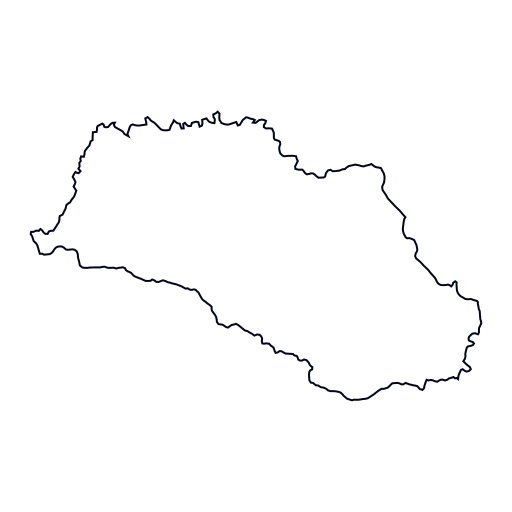 Mukurweni, Central, Kenya
{"feature_id": "3690345B52369638144759", "entity_name": "Mukurweni", "entity_type": "district", "adm_level": 2, "iso_a3": "KEN", "parent_name": "Kenya", "parent_adm1": "Central", "projection": "albers", "projection_center": [37.081, -0.579], "detail": "fine", "context": "isolated", "style": "outline", "palette": "ink", "viewbox_px": 512, "rotation_deg": 0, "n_neighbors": 0, "source": "geoboundaries", "source_scale": "gbopen_adm2", "svg_char_len": 6028}
<svg xmlns="http://www.w3.org/2000/svg" viewBox="0 0 512 512"><path d="M458.1,379.1L458.3,376.5L459.1,373.9L461.0,369.9L462.6,369.2L464.6,370.7L466.6,371.6L469.1,370.9L470.8,369.2L469.9,367.0L467.5,365.3L463.3,361.3L465.0,358.6L465.5,356.1L465.3,354.4L465.6,352.2L466.8,347.6L468.0,346.4L470.5,345.9L472.9,345.1L474.0,343.5L472.7,342.0L470.8,341.4L469.0,340.5L468.5,338.6L469.1,336.8L470.4,335.4L472.3,333.7L474.9,333.2L478.0,334.3L479.0,332.4L478.9,330.3L479.0,328.2L481.3,323.2L481.0,321.1L480.3,319.2L479.7,311.0L478.8,309.1L478.4,306.3L477.8,303.8L477.9,302.0L476.7,300.8L474.9,300.4L470.8,299.0L468.1,299.3L465.5,299.0L460.5,296.1L458.8,294.4L457.6,292.5L456.9,290.2L456.5,284.7L456.6,282.4L455.2,281.3L453.3,282.7L452.5,285.0L451.2,286.4L449.7,285.2L448.1,284.6L445.8,285.0L443.1,285.2L440.5,284.9L438.6,283.8L437.4,282.5L436.5,281.0L435.9,279.4L434.7,277.6L430.1,272.4L428.3,270.0L423.8,265.7L420.4,262.0L416.1,258.4L415.1,256.1L415.7,253.5L417.0,251.2L417.3,249.4L416.7,246.0L416.1,244.3L414.2,240.1L412.0,239.0L409.4,238.1L407.1,238.3L405.6,237.2L403.6,233.3L403.0,230.8L402.8,228.8L403.7,221.7L404.2,219.1L405.4,217.2L402.3,213.7L399.6,210.5L395.9,207.0L387.8,198.4L386.1,195.2L382.8,190.4L382.3,188.7L382.2,186.5L384.0,182.6L384.5,179.2L384.5,176.2L383.7,173.2L380.8,168.0L375.9,167.1L374.1,166.2L371.4,164.0L369.2,164.9L366.1,165.6L363.7,166.4L361.4,166.1L359.3,165.4L355.2,164.6L348.7,166.1L346.5,167.6L344.9,169.1L342.5,169.3L339.5,170.6L335.1,171.1L332.7,171.2L330.5,169.8L328.1,170.4L326.4,172.4L325.6,174.4L325.1,176.6L323.6,177.5L318.4,177.7L316.1,175.9L314.7,174.5L313.0,173.4L311.2,173.3L309.3,173.9L306.8,174.3L305.1,173.1L303.6,171.0L302.3,169.6L298.6,169.7L295.4,168.9L295.1,166.5L297.8,161.0L296.8,159.1L296.0,156.2L292.9,155.8L287.8,155.9L284.1,156.3L282.4,155.5L280.3,153.4L279.4,150.3L279.2,148.2L279.5,146.3L280.3,144.1L280.0,142.0L278.7,140.9L276.8,140.2L275.0,139.8L273.9,138.2L273.8,132.8L273.1,130.9L272.0,128.6L268.8,128.3L266.1,128.5L263.9,127.1L263.9,125.0L265.2,123.4L266.0,120.9L264.0,120.0L261.8,119.6L259.2,120.1L255.5,122.9L252.9,122.6L254.8,120.0L252.9,119.1L250.5,118.7L247.8,117.6L246.1,117.3L242.7,120.1L239.9,124.8L237.8,125.5L236.2,122.0L229.1,124.4L227.2,124.6L224.6,124.2L221.4,123.0L220.4,121.2L219.4,119.8L219.3,117.5L219.5,113.7L217.7,111.7L215.5,113.5L213.3,114.4L213.4,116.9L214.8,119.1L214.7,121.2L214.4,123.1L212.7,123.0L210.7,122.4L208.8,121.5L206.4,118.4L202.1,119.8L202.5,123.3L201.8,125.7L199.6,126.7L198.3,122.1L196.0,121.7L191.9,122.9L191.0,125.9L188.2,126.1L186.1,124.3L184.9,122.8L183.2,123.9L183.7,128.4L181.6,128.6L180.6,126.5L179.8,123.7L177.4,123.2L175.8,122.1L173.8,120.3L172.9,122.6L171.1,125.4L169.5,129.8L167.8,130.2L165.4,130.4L162.8,130.1L160.8,129.3L155.4,123.7L154.0,122.5L150.9,120.6L149.1,118.4L147.5,117.1L145.3,118.4L146.3,122.7L146.4,124.5L139.6,125.5L137.0,125.5L135.0,125.2L132.7,124.4L130.7,125.4L129.7,127.2L127.4,134.2L128.4,136.2L124.5,134.1L122.8,131.6L121.2,130.5L117.9,128.7L115.1,127.1L113.8,124.8L114.9,122.7L112.6,122.8L110.9,123.8L108.1,127.0L105.8,127.3L104.2,126.7L103.7,124.7L102.4,123.6L97.7,126.0L97.0,127.5L97.0,129.4L96.6,131.9L92.9,132.2L92.6,137.7L92.6,140.1L90.6,141.4L89.4,145.5L87.4,147.7L84.8,151.1L84.4,154.6L83.8,156.8L81.1,156.4L80.3,158.8L80.8,161.0L79.3,162.9L79.6,166.5L78.4,168.7L80.5,171.1L78.6,173.2L76.9,172.8L75.4,172.0L73.9,174.3L72.7,176.9L74.1,179.2L75.5,182.0L74.9,184.1L73.6,186.5L76.3,190.7L74.5,195.7L73.1,198.0L71.8,199.4L70.0,202.5L67.9,203.7L66.4,205.0L65.6,208.5L62.5,214.7L59.8,216.0L59.4,217.8L59.4,219.8L58.9,222.1L54.7,228.7L53.3,230.7L51.0,230.8L48.8,231.5L47.6,233.9L45.4,233.9L43.6,232.5L42.1,230.3L40.4,229.0L38.8,230.9L36.2,230.6L33.7,231.8L31.1,231.9L30.7,234.1L32.1,236.2L33.7,241.1L36.1,243.3L37.4,245.5L39.8,253.8L42.2,253.7L44.1,254.7L49.8,254.1L51.6,253.0L53.0,251.5L54.4,249.3L55.9,247.6L57.7,246.7L59.9,246.4L61.7,246.5L63.9,247.6L65.9,249.5L68.1,249.8L72.6,249.3L74.7,249.8L76.7,251.3L77.8,254.1L77.9,256.3L78.3,258.8L78.9,260.7L79.9,265.4L82.3,267.5L85.1,267.9L87.1,267.9L89.2,267.6L94.0,267.4L100.2,267.4L102.3,266.9L104.7,266.7L107.0,267.6L108.8,267.9L113.6,267.7L116.2,268.5L118.4,267.9L122.9,267.3L125.0,268.2L126.0,270.2L127.8,271.4L129.6,272.1L131.2,273.0L133.6,275.6L135.2,276.6L141.4,279.0L145.3,280.8L147.8,281.0L150.6,280.8L152.1,279.5L154.0,280.2L156.2,281.8L158.5,282.0L162.9,280.3L165.3,281.0L168.0,282.3L169.9,282.6L171.8,283.3L176.8,284.5L182.0,286.6L185.7,288.7L187.7,288.3L189.5,289.5L191.6,289.9L193.9,289.4L195.7,289.8L196.8,291.1L198.4,292.4L201.3,297.8L202.7,299.8L205.5,301.8L207.5,303.5L209.3,304.7L211.6,306.7L211.6,309.4L212.3,311.3L215.1,315.0L216.2,317.2L216.7,319.6L216.9,321.9L218.5,324.1L222.6,324.7L226.0,327.0L227.9,327.6L231.6,325.0L233.7,324.6L235.9,323.8L238.2,325.0L244.8,330.4L247.4,331.1L249.4,332.4L251.9,333.7L254.4,335.6L257.0,334.5L259.6,334.8L261.2,336.4L262.1,338.3L261.8,341.2L262.3,343.4L263.9,343.7L266.3,343.4L269.1,343.7L270.8,345.6L272.3,346.6L273.6,347.8L274.7,351.1L275.6,352.9L277.8,352.4L279.5,351.1L281.4,351.2L285.4,353.5L292.9,354.0L294.5,355.5L296.7,355.9L297.6,357.4L298.3,359.6L300.1,360.6L302.3,360.5L304.0,359.5L306.4,360.1L308.6,362.4L309.6,364.5L310.6,365.9L312.3,367.1L312.1,369.4L310.1,370.5L309.2,372.2L309.0,375.1L309.4,380.3L310.8,382.6L313.0,382.9L315.9,385.3L318.3,385.5L320.2,386.9L321.8,387.4L323.7,387.6L326.2,388.8L328.1,390.4L330.3,391.1L335.1,391.2L339.3,392.0L340.9,392.9L342.5,394.3L343.6,395.7L347.1,398.7L352.0,400.3L353.8,399.7L358.0,399.8L360.8,399.4L362.9,399.0L365.0,398.9L367.9,398.2L373.9,394.3L378.4,390.7L381.6,388.8L383.6,388.9L387.8,387.6L392.3,383.3L397.1,382.9L399.3,383.3L401.3,384.3L403.3,384.3L405.6,382.9L409.1,384.3L411.5,384.8L413.1,385.3L414.9,385.5L417.4,386.2L419.9,389.1L422.5,389.9L424.0,388.2L424.5,385.6L425.8,381.7L426.6,379.8L428.5,380.4L431.0,380.0L432.8,380.3L434.8,381.2L437.4,381.7L438.9,380.6L440.9,379.7L442.9,379.7L445.0,380.5L447.4,379.7L449.0,378.4L451.1,377.9L453.5,377.0L454.8,378.3L456.6,378.0L458.1,379.1Z" fill="none" stroke="#020617" stroke-width="2"/></svg>